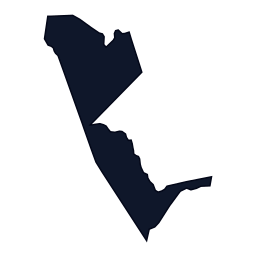 Calumbi, Pernambuco, Brazil
{"feature_id": "56859067B78601657287504", "entity_name": "Calumbi", "entity_type": "district", "adm_level": 2, "iso_a3": "BRA", "parent_name": "Brazil", "parent_adm1": "Pernambuco", "projection": "equal_earth", "projection_center": [-38.061, -8.019], "detail": "fine", "context": "isolated", "style": "filled", "palette": "ink", "viewbox_px": 256, "rotation_deg": 0, "n_neighbors": 0, "source": "geoboundaries", "source_scale": "gbopen_adm2", "svg_char_len": 1147}
<svg xmlns="http://www.w3.org/2000/svg" viewBox="0 0 256 256"><path d="M211.5,176.8L186.6,181.7L167.0,186.2L164.7,189.3L161.8,191.0L158.1,192.1L155.3,190.4L153.1,184.6L149.9,181.6L147.8,178.0L147.3,174.5L143.5,172.7L141.1,167.6L140.2,164.3L139.6,158.9L138.4,156.5L136.0,155.6L133.7,153.9L133.5,150.6L132.9,147.9L132.2,143.7L131.1,140.1L128.4,140.4L126.4,137.4L125.5,134.0L122.0,131.5L119.5,131.2L114.9,132.3L110.4,131.8L108.0,128.9L106.1,126.1L103.6,124.8L99.9,123.7L96.9,124.1L94.7,124.4L92.5,124.9L90.2,124.9L103.0,111.8L106.2,108.6L108.4,106.3L141.8,72.2L131.3,39.4L129.1,32.1L124.8,33.5L122.1,33.7L118.2,30.0L115.6,30.7L114.4,33.5L114.8,37.7L113.3,40.3L106.1,47.2L103.7,44.5L104.1,36.7L102.4,33.9L99.1,33.0L91.0,27.5L79.7,19.3L72.7,15.4L55.3,16.1L50.4,16.3L47.8,16.3L44.5,38.8L48.1,45.1L51.4,46.3L53.4,48.0L54.2,50.9L55.6,53.3L58.0,55.5L63.3,70.2L82.2,123.2L83.8,127.9L91.3,149.2L96.0,162.1L102.2,172.1L121.0,201.1L146.6,240.6L149.2,229.2L154.8,226.9L158.8,222.6L169.7,205.5L172.1,202.3L178.1,194.1L180.3,191.2L186.6,188.1L190.9,189.8L196.5,188.3L200.9,186.2L209.9,185.8L211.5,176.8Z" fill="#0f172a" stroke="#020617" stroke-width="1.5"/></svg>